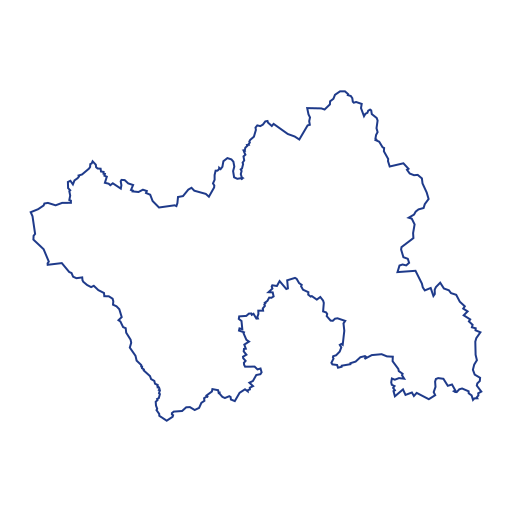 Castlecomer Lea-6, Kilkenny, Ireland
{"feature_id": "5873133B64283034933999", "entity_name": "Castlecomer Lea-6", "entity_type": "district", "adm_level": 2, "iso_a3": "IRL", "parent_name": "Ireland", "parent_adm1": "Kilkenny", "projection": "mercator", "projection_center": [-7.296, 52.74], "detail": "fine", "context": "isolated", "style": "outline", "palette": "blue", "viewbox_px": 512, "rotation_deg": 0, "n_neighbors": 0, "source": "geoboundaries", "source_scale": "gbopen_adm2", "svg_char_len": 6068}
<svg xmlns="http://www.w3.org/2000/svg" viewBox="0 0 512 512"><path d="M33.4,239.6L43.6,249.2L48.8,261.6L47.6,263.3L47.7,264.8L61.8,263.1L69.2,272.0L71.5,273.0L73.1,276.7L76.4,278.2L82.2,277.4L82.5,280.3L83.3,281.8L87.1,285.0L91.1,287.1L93.8,285.8L98.3,290.1L104.0,293.0L104.3,296.2L108.8,296.3L112.6,298.7L113.3,301.3L113.0,304.7L116.5,306.3L119.3,309.2L121.7,317.1L118.5,320.2L120.4,321.5L123.1,327.1L125.7,328.2L126.2,332.7L130.6,339.7L131.2,342.8L129.8,347.6L135.5,355.8L136.6,360.6L141.2,365.0L141.2,366.4L142.1,366.6L142.0,368.2L143.9,369.5L143.7,370.4L150.0,376.1L151.1,379.1L154.3,380.9L155.0,383.7L157.6,384.9L157.3,385.9L158.2,386.5L157.8,387.4L159.1,387.7L159.5,388.9L158.9,390.0L159.9,390.4L159.0,393.2L159.9,394.1L158.8,398.1L157.1,399.0L157.5,400.1L155.7,401.8L156.0,405.6L157.2,408.8L156.5,410.1L159.2,413.9L159.3,415.8L166.7,420.7L172.6,416.8L173.1,415.2L171.9,414.4L171.9,413.1L173.8,411.6L182.1,411.0L186.2,407.3L189.9,407.1L194.7,410.0L199.1,407.9L201.4,402.8L204.4,400.8L204.1,398.2L206.6,396.6L208.0,397.1L206.5,395.5L211.9,391.5L212.4,389.1L218.1,390.2L218.7,393.0L219.6,392.7L219.7,393.8L222.4,396.9L224.9,398.0L229.3,396.2L230.6,397.0L230.9,399.5L234.8,401.1L239.6,392.8L245.0,389.3L247.7,391.3L247.6,390.3L249.9,389.4L249.8,387.7L253.0,386.1L249.4,382.7L252.9,381.0L256.3,375.0L260.4,374.2L261.6,372.3L260.5,368.5L257.5,369.4L254.6,366.6L245.1,366.7L244.1,364.8L243.9,362.8L245.6,360.9L243.2,358.2L243.0,356.7L246.4,354.7L243.7,351.4L244.0,348.9L245.8,348.7L244.3,344.6L249.0,341.6L246.4,339.8L243.6,333.4L244.0,332.3L239.0,330.6L239.5,328.4L242.3,329.2L241.5,321.0L238.8,318.9L239.2,316.4L246.3,315.9L248.9,313.6L251.3,313.5L251.8,314.8L253.5,313.8L256.4,318.6L257.9,318.5L257.3,317.1L258.4,314.0L258.3,310.7L263.1,310.7L262.8,308.4L264.9,305.9L264.3,304.5L265.4,303.2L264.9,302.7L267.4,300.9L269.2,297.6L271.4,297.8L273.6,296.4L272.7,292.4L268.5,292.2L272.4,288.6L271.7,286.5L272.3,285.3L276.9,286.0L279.6,281.1L286.3,289.0L287.9,288.4L287.2,280.3L295.0,277.9L296.6,278.8L299.1,283.1L301.7,284.9L301.1,286.3L303.0,289.7L308.4,292.2L308.2,294.6L310.7,296.6L311.8,296.1L316.8,299.6L320.3,297.0L323.1,300.6L323.8,302.9L323.1,311.4L326.1,312.4L327.2,314.0L326.7,316.1L330.6,320.6L332.8,320.8L335.0,318.7L337.5,318.3L345.2,320.9L343.5,323.4L344.3,330.8L342.7,344.8L341.4,343.9L339.8,344.9L341.3,347.4L339.7,351.6L336.1,355.3L333.2,356.2L332.9,357.3L333.5,358.6L331.4,362.8L332.4,364.4L337.1,365.0L338.0,367.7L341.6,366.8L341.7,365.7L350.4,364.2L350.4,363.2L355.6,361.6L360.4,357.2L365.0,356.1L366.1,356.9L364.6,358.9L371.8,355.1L381.6,354.2L387.0,356.4L392.8,356.7L392.6,361.2L398.3,368.9L398.8,371.1L402.6,373.8L402.0,375.2L404.2,378.7L399.0,378.1L394.8,379.7L391.9,378.5L391.2,382.3L391.8,384.8L394.5,386.1L393.1,387.9L394.9,390.3L393.5,391.1L394.9,396.3L403.0,389.4L405.5,394.9L411.9,392.5L413.9,396.0L416.7,392.9L428.8,399.2L435.2,395.2L433.7,392.1L435.5,386.9L435.1,381.6L435.9,379.0L438.2,378.1L443.4,378.8L447.8,385.8L452.0,384.5L455.3,390.4L453.9,391.2L455.2,392.0L456.7,392.1L459.3,389.3L462.1,388.5L468.6,391.3L468.7,393.3L471.6,395.4L473.0,399.9L474.3,398.4L477.3,398.3L476.8,397.3L478.4,395.4L478.2,393.3L481.3,391.6L476.8,385.6L477.3,383.4L479.8,381.0L480.1,377.8L474.7,374.6L472.9,369.8L474.2,364.6L476.9,360.2L475.6,354.8L475.3,341.6L476.3,338.1L480.4,332.3L475.5,330.3L475.7,328.3L471.9,327.3L472.6,324.8L468.9,321.4L470.2,319.4L463.7,315.3L467.6,311.4L463.2,308.6L464.8,306.3L459.8,301.7L456.2,294.8L451.0,293.1L448.9,290.3L443.9,288.5L440.2,282.7L435.9,287.1L434.7,289.7L434.8,294.0L433.4,296.0L430.7,288.0L424.8,290.4L422.8,287.4L421.9,283.6L415.5,270.8L397.5,272.1L399.5,265.5L402.6,264.5L406.2,265.4L409.1,262.8L407.8,258.8L403.4,257.2L401.1,249.5L401.5,247.1L413.4,238.1L413.1,233.1L414.6,224.4L411.8,218.7L408.7,217.7L414.0,214.6L415.7,211.6L418.5,209.4L423.6,208.0L424.8,204.1L428.6,199.0L426.7,192.5L422.5,183.4L421.9,178.4L417.7,174.9L414.0,175.2L409.7,173.5L407.0,169.8L408.5,168.8L403.4,163.3L389.7,166.5L388.0,161.1L388.2,159.0L383.9,151.3L384.1,148.0L382.6,147.3L379.2,141.7L375.6,140.1L376.2,139.4L375.4,138.8L376.1,134.9L377.6,132.1L376.5,128.2L377.6,120.6L376.7,118.0L371.8,114.1L371.2,110.4L370.1,109.6L368.2,110.7L367.4,112.8L365.4,113.8L364.0,116.2L361.0,108.1L361.7,103.9L356.1,102.0L353.8,102.7L352.8,101.7L352.3,98.2L350.8,96.0L347.8,95.1L348.1,94.1L344.9,91.3L340.1,91.3L335.0,94.8L333.4,98.8L330.1,101.3L329.9,104.4L324.6,109.5L321.3,108.4L307.2,108.1L308.5,114.4L310.0,117.4L309.2,121.2L309.8,124.8L307.6,125.4L299.3,139.5L294.7,136.5L287.8,134.0L273.6,123.9L271.8,126.0L268.0,122.6L267.5,121.0L265.3,121.4L262.9,124.6L260.3,126.1L257.3,125.4L255.5,127.6L255.9,129.9L253.9,136.7L250.2,139.9L249.3,141.6L249.8,142.6L248.5,144.2L248.8,144.8L247.0,145.0L247.3,145.9L245.3,147.7L244.9,150.0L243.7,150.3L244.7,151.2L244.0,151.7L245.4,154.7L243.5,156.4L244.2,160.4L242.6,162.7L243.1,164.1L242.0,168.5L240.7,169.4L241.6,171.0L240.8,174.1L241.7,177.3L242.7,178.0L241.8,178.4L242.3,179.6L240.9,178.2L237.3,178.8L234.1,177.3L233.1,171.1L234.3,166.6L233.4,161.7L231.4,159.4L227.4,158.1L223.4,161.2L222.4,166.8L220.6,169.1L219.2,167.8L219.1,169.2L217.4,170.7L215.6,170.7L214.6,175.0L214.6,179.8L213.0,183.4L214.3,185.5L214.1,187.5L208.9,196.7L205.8,193.9L194.3,190.7L191.5,187.8L188.3,189.6L183.0,196.1L178.0,197.0L177.4,203.1L176.4,206.1L174.6,205.3L159.0,207.5L152.6,201.0L150.2,194.7L146.0,193.0L146.8,191.0L142.9,189.7L138.5,192.0L132.6,191.4L132.8,190.6L131.0,190.0L133.1,185.0L128.2,183.4L124.7,180.1L121.5,179.9L120.7,181.3L121.4,185.2L120.8,188.6L112.8,183.3L110.3,185.2L108.7,183.7L104.9,182.8L106.8,176.7L104.4,175.7L104.9,173.9L103.5,173.7L103.6,171.9L101.0,171.5L100.6,168.7L97.6,168.5L96.1,167.2L95.8,164.7L92.6,161.3L91.7,163.4L90.3,164.1L90.1,167.0L89.0,168.6L82.0,174.5L78.6,175.5L79.0,176.5L77.6,178.2L74.5,180.4L72.9,184.4L70.4,180.8L67.9,182.0L68.1,188.1L70.2,190.3L69.3,191.2L70.2,195.6L69.3,200.0L70.9,200.7L70.9,202.8L62.1,202.9L55.6,205.3L47.9,202.9L44.4,203.5L43.6,205.5L38.1,209.2L30.7,212.2L32.5,216.2L35.1,233.9L33.6,235.8L33.4,239.6Z" fill="none" stroke="#1e3a8a" stroke-width="2"/></svg>